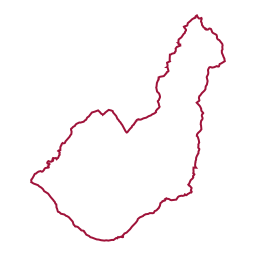 Vatra Moldovitei, Suceava, Romania
{"feature_id": "2599482B26946498841752", "entity_name": "Vatra Moldovitei", "entity_type": "district", "adm_level": 2, "iso_a3": "ROU", "parent_name": "Romania", "parent_adm1": "Suceava", "projection": "mercator", "projection_center": [25.558, 47.669], "detail": "fine", "context": "isolated", "style": "outline", "palette": "rose", "viewbox_px": 256, "rotation_deg": 0, "n_neighbors": 0, "source": "geoboundaries", "source_scale": "gbopen_adm2", "svg_char_len": 5817}
<svg xmlns="http://www.w3.org/2000/svg" viewBox="0 0 256 256"><path d="M113.5,240.0L116.2,238.0L117.3,238.3L117.8,237.3L118.1,237.0L119.0,237.4L120.3,236.8L122.7,237.2L123.0,237.1L123.1,236.9L123.0,236.5L122.2,236.1L123.9,234.3L124.4,233.5L126.6,232.6L129.2,230.0L129.9,229.4L132.0,226.6L135.8,222.7L137.0,221.1L137.5,220.3L137.7,219.3L138.0,218.9L139.8,217.4L143.1,216.0L143.8,215.2L144.6,214.9L145.4,214.3L148.3,213.9L149.7,213.1L152.9,213.2L153.8,212.8L154.7,211.1L156.4,210.4L157.6,209.2L157.8,208.8L158.3,208.6L158.6,208.0L159.1,207.7L159.3,206.7L159.9,205.9L160.4,203.2L162.1,201.8L162.5,201.1L163.2,201.1L163.7,200.6L164.5,200.7L165.1,200.4L165.3,200.0L165.1,199.2L165.7,199.1L165.9,198.6L166.4,198.3L167.2,198.8L168.4,198.9L169.3,199.2L170.5,200.0L171.5,200.2L176.3,199.6L178.0,197.0L179.0,196.3L181.4,195.7L182.4,195.9L183.9,195.6L184.4,195.3L184.9,194.4L186.0,195.2L186.6,195.1L187.7,194.0L188.5,193.7L190.3,192.5L191.3,192.5L191.6,192.0L191.7,191.7L190.9,190.3L191.6,188.0L190.2,186.3L189.6,185.8L188.9,185.5L188.3,184.6L189.1,183.8L190.6,180.3L191.6,179.3L192.4,178.7L193.1,177.7L193.1,177.4L193.3,177.1L193.0,176.4L193.2,175.6L194.1,174.9L194.4,174.3L193.2,173.1L193.6,172.3L193.4,169.1L193.5,168.6L193.5,167.6L196.1,167.7L195.5,166.9L195.2,166.1L195.1,165.0L195.3,162.7L195.5,162.4L195.5,161.3L196.1,159.7L196.1,158.3L196.2,157.6L197.2,155.3L197.6,154.8L197.8,154.1L198.4,153.5L198.5,151.4L199.1,150.1L199.3,149.2L199.2,148.7L198.5,148.1L198.2,147.2L198.5,145.9L198.3,144.7L199.2,142.4L199.1,142.2L198.8,140.2L197.9,137.2L197.2,136.1L196.8,135.9L197.0,134.4L198.2,132.8L200.2,131.0L201.4,129.3L201.0,125.1L200.7,124.5L200.9,122.3L201.3,120.5L202.3,119.5L202.6,118.1L201.8,115.9L201.9,115.0L202.1,114.3L203.2,113.4L203.2,112.9L201.6,111.1L201.2,110.1L201.2,108.8L200.4,107.1L199.8,106.0L196.7,102.7L197.9,101.7L198.9,101.1L199.4,100.4L198.9,97.9L199.3,96.2L200.1,95.6L201.9,93.1L204.4,90.7L205.4,89.3L205.7,86.4L206.9,84.6L207.6,81.1L207.5,80.5L206.7,77.2L206.9,76.6L207.8,74.9L208.2,73.9L208.3,72.5L208.0,70.1L208.3,69.2L209.2,67.5L209.7,67.2L210.7,67.1L212.1,67.6L214.2,67.2L216.8,66.1L218.0,66.6L218.7,66.5L219.0,66.3L219.7,64.0L221.0,63.5L224.8,61.2L224.5,59.8L224.4,58.6L223.4,56.6L223.1,55.6L221.9,52.9L221.8,50.5L222.5,49.5L222.5,49.1L222.3,46.8L222.6,45.5L222.3,44.0L219.3,40.1L218.3,39.7L217.4,38.9L216.9,37.7L217.0,36.4L216.5,34.9L215.4,34.2L213.2,33.1L212.3,32.3L211.1,29.3L210.8,28.9L209.6,28.5L209.2,28.6L208.8,29.0L208.1,29.3L207.9,29.6L206.1,29.6L205.4,29.2L205.7,28.6L203.5,27.3L202.9,26.1L202.1,25.2L201.7,22.8L201.0,21.6L201.3,19.9L201.7,18.9L201.4,18.0L199.8,18.5L198.8,18.4L197.7,17.0L196.9,15.4L196.1,15.9L195.5,16.5L195.3,17.1L195.5,17.6L195.2,17.8L194.5,18.2L194.0,18.1L191.8,19.5L190.6,20.8L187.8,23.1L187.3,25.4L186.9,25.7L185.0,26.2L183.9,26.7L184.3,27.6L185.1,28.3L185.3,28.8L186.0,29.6L186.0,30.5L185.1,31.7L184.8,33.0L183.7,33.9L181.4,37.3L178.7,39.4L178.5,40.3L178.4,41.6L178.6,43.1L178.2,43.1L178.5,43.4L178.6,44.1L180.2,44.5L180.1,45.0L180.3,45.6L176.8,47.0L175.6,48.6L175.8,49.5L175.6,51.4L175.0,51.9L174.7,52.8L174.4,53.1L172.0,53.7L171.0,54.4L169.9,54.6L169.7,58.6L169.7,60.7L170.0,61.3L167.2,62.6L167.3,62.9L167.1,63.1L167.6,65.2L167.4,66.7L167.0,67.0L167.4,67.0L167.5,67.3L168.5,71.0L167.9,71.7L166.9,72.1L166.7,72.4L166.5,73.2L165.8,73.7L165.7,74.0L163.8,76.1L159.9,76.8L158.6,77.4L158.8,78.3L158.5,78.7L158.7,79.1L158.4,79.5L158.5,79.7L158.4,80.0L157.9,80.6L156.9,83.0L156.5,86.8L156.2,87.3L157.1,91.6L159.0,93.4L159.6,94.9L160.0,96.5L159.9,97.7L159.4,98.4L159.0,99.9L157.8,101.1L157.8,101.5L158.7,103.4L159.1,105.6L159.6,106.7L159.4,107.2L158.6,108.1L156.8,109.7L156.4,110.5L155.9,111.0L155.8,111.5L156.0,112.2L154.4,113.4L152.1,114.4L150.9,115.4L148.6,116.2L146.4,117.6L143.3,118.4L141.4,119.4L140.0,119.7L138.7,119.3L138.5,119.6L137.6,119.5L136.7,120.1L136.5,120.9L135.7,121.3L135.3,122.5L134.6,123.1L134.3,123.7L133.7,124.4L133.8,124.6L132.2,125.9L131.8,126.6L131.7,127.3L131.1,127.7L129.7,129.2L127.3,132.3L126.6,132.5L125.6,131.3L122.2,124.9L121.1,123.5L120.5,122.4L119.2,121.1L118.5,119.9L117.4,118.8L116.2,116.0L113.3,112.7L113.0,112.2L112.7,111.1L111.3,110.5L108.7,109.9L105.2,112.6L104.6,113.4L102.9,114.7L102.8,114.3L101.9,114.1L101.1,113.6L100.0,112.2L98.1,110.4L94.9,111.6L91.9,112.5L88.8,116.5L87.5,117.3L87.0,117.9L86.3,119.4L85.8,120.0L84.9,120.4L83.7,121.7L80.4,122.6L79.3,122.5L76.4,123.9L75.4,124.9L75.0,125.8L73.1,126.9L71.8,128.3L71.4,128.5L71.0,129.0L71.1,130.0L71.6,131.7L71.3,134.2L70.2,135.5L69.7,136.6L65.4,141.5L65.1,142.6L64.9,142.9L64.3,143.2L62.9,143.4L62.5,143.1L61.9,143.8L61.5,144.4L61.3,145.5L60.9,145.9L60.4,147.0L60.3,150.2L58.6,150.5L58.2,150.9L59.0,151.5L59.8,152.8L59.3,153.8L59.7,154.8L59.0,155.6L58.1,157.9L57.2,158.4L56.7,159.1L55.9,158.0L55.1,158.3L53.1,158.0L52.6,159.0L52.7,159.3L52.6,159.5L53.0,159.6L53.2,160.0L52.9,160.9L52.4,161.2L52.0,161.1L51.2,161.7L49.8,161.6L48.4,161.1L47.6,161.9L47.2,162.9L47.5,163.4L47.9,163.6L49.4,163.8L49.5,164.2L48.6,164.9L48.7,165.5L48.5,166.3L48.6,166.8L48.0,166.7L48.2,167.6L45.4,168.0L44.5,168.8L44.0,169.9L42.6,171.5L41.8,171.7L40.6,171.1L38.5,171.6L36.9,172.7L36.1,173.5L35.0,173.8L34.4,174.5L34.0,175.5L32.2,178.7L31.4,179.5L31.2,180.2L31.5,181.8L31.3,182.1L33.5,183.5L38.1,185.2L39.0,186.2L41.3,187.6L43.1,189.3L44.1,191.1L48.1,193.6L50.7,197.1L53.4,200.2L53.7,200.8L54.7,201.8L55.4,203.6L56.3,204.4L56.5,207.6L57.0,208.5L57.8,211.4L58.2,211.9L59.4,212.2L60.9,213.7L64.4,214.5L66.0,215.8L67.2,216.2L68.8,217.2L72.7,221.6L73.6,224.6L74.6,225.5L75.0,226.3L75.3,226.5L76.6,226.5L78.1,227.2L79.7,228.8L80.5,229.3L80.7,229.8L81.3,230.3L81.8,230.5L83.1,230.6L84.1,231.2L84.1,231.7L84.7,232.2L86.3,234.7L89.1,236.0L90.4,237.2L92.0,237.6L96.7,239.4L98.8,239.6L101.0,240.2L104.4,240.6L106.2,240.3L108.4,240.6L112.0,239.9L113.5,240.0Z" fill="none" stroke="#9f1239" stroke-width="2"/></svg>